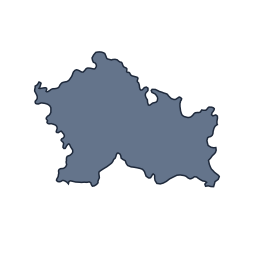 Babruysk, Mogilev, Belarus, rotated 13°
{"feature_id": "67162791B49466941565536", "entity_name": "Babruysk", "entity_type": "district", "adm_level": 2, "iso_a3": "BLR", "parent_name": "Belarus", "parent_adm1": "Mogilev", "projection": "orthographic", "projection_center": [29.167, 53.064], "detail": "fine", "context": "isolated", "style": "filled", "palette": "slate", "viewbox_px": 256, "rotation_deg": 13, "n_neighbors": 0, "source": "geoboundaries", "source_scale": "gbopen_adm2", "svg_char_len": 5152}
<svg xmlns="http://www.w3.org/2000/svg" viewBox="0 0 256 256"><g transform="rotate(13 128 128)"><path d="M227.8,154.6L226.4,153.6L222.2,151.7L220.5,150.5L218.4,149.2L217.2,147.7L215.6,145.4L214.8,143.8L213.7,141.4L215.2,138.8L216.4,136.0L217.7,134.1L218.7,132.2L218.9,129.8L218.0,127.3L216.0,128.0L213.2,128.1L210.0,127.0L208.9,125.0L207.7,122.5L207.8,119.5L208.7,118.6L210.5,117.7L211.7,116.1L212.0,114.4L211.7,112.1L211.8,109.1L212.4,106.8L213.8,104.9L214.3,104.6L213.6,103.5L213.1,101.3L213.0,98.3L212.4,96.3L210.6,95.5L209.1,96.4L208.0,97.1L206.4,96.3L206.5,94.1L207.1,93.0L207.6,91.7L207.8,90.6L207.7,89.7L206.6,89.1L204.9,88.9L202.2,89.4L201.1,90.8L200.7,92.0L199.8,93.2L197.3,93.8L195.8,93.8L195.2,95.3L194.9,96.2L193.6,97.0L192.4,97.2L190.1,98.0L189.1,99.2L188.2,101.1L187.3,102.4L186.4,103.4L184.2,104.3L182.5,104.3L180.0,104.2L178.0,103.4L176.8,102.0L175.4,99.6L174.7,97.7L173.8,95.4L173.1,92.5L173.2,91.1L173.1,89.9L173.6,88.8L173.7,87.4L172.4,86.5L170.9,86.3L169.5,87.8L168.0,89.4L166.4,89.9L163.6,89.6L161.8,88.6L160.1,87.5L158.8,86.3L157.5,86.0L154.7,85.8L153.0,85.5L150.1,85.3L148.7,84.9L145.9,84.3L142.8,84.9L142.2,86.3L143.3,87.9L144.7,88.2L146.7,88.7L148.0,89.6L149.6,91.1L150.3,92.6L150.4,95.0L149.6,96.4L148.5,97.1L146.5,98.1L146.1,98.5L144.7,100.2L144.0,100.9L142.7,101.0L141.3,98.7L140.9,97.3L140.5,96.1L139.4,95.1L138.3,93.8L137.4,92.0L137.3,90.4L137.9,88.9L138.6,87.9L139.0,86.7L138.5,84.7L136.6,84.0L134.8,85.0L133.9,86.7L133.2,87.7L132.1,88.2L131.2,87.8L130.1,85.9L129.7,84.6L129.2,83.4L128.1,81.6L127.0,81.1L126.4,80.1L126.5,77.8L126.5,77.2L125.5,76.5L121.8,76.3L120.3,76.3L118.7,75.7L117.9,74.8L117.1,73.9L116.3,73.6L114.9,73.9L114.0,73.5L113.8,71.9L113.6,70.6L112.6,69.9L111.3,69.7L109.8,69.2L108.6,67.7L107.7,66.2L106.9,65.5L105.4,65.5L103.9,65.0L102.1,64.0L101.9,64.0L99.9,64.0L97.7,64.7L96.6,65.4L95.2,65.4L92.5,65.3L91.7,65.0L91.0,64.0L89.7,62.1L88.6,60.6L87.2,60.2L85.2,60.0L82.9,60.3L81.1,60.9L79.6,61.6L78.8,63.1L78.0,64.8L77.7,66.0L77.2,67.8L77.9,69.4L78.3,70.2L79.5,71.7L81.2,72.0L82.3,72.8L83.2,74.4L83.3,75.3L82.9,76.6L82.6,77.5L81.8,78.1L80.2,78.2L78.5,78.2L76.3,78.4L74.8,78.8L73.8,79.7L73.4,80.6L72.9,81.7L71.8,83.5L70.7,83.9L69.4,83.7L68.0,83.2L66.4,82.9L64.9,82.8L63.5,83.6L62.3,85.5L62.0,87.0L61.8,89.1L61.4,90.8L60.5,93.0L60.0,94.3L59.1,95.5L57.9,96.6L56.4,97.2L54.8,98.0L53.6,98.7L52.7,100.0L52.1,101.3L51.6,103.5L50.7,104.7L49.6,105.4L47.7,106.2L46.1,106.6L45.2,107.1L44.1,108.0L43.3,109.1L42.7,109.6L41.9,110.5L40.7,111.0L39.9,110.7L40.0,109.4L40.1,108.4L39.7,107.6L38.9,107.3L37.9,107.5L36.5,108.0L34.9,108.7L33.4,109.3L32.4,109.4L32.9,107.8L33.1,105.8L33.2,103.9L31.6,103.2L30.8,103.3L30.6,104.4L30.3,105.3L29.5,106.8L28.1,108.1L28.4,109.1L28.5,111.8L28.7,112.9L29.6,114.0L30.9,115.5L32.0,116.9L32.6,118.1L32.9,119.7L32.6,120.8L32.1,121.9L31.6,122.7L31.7,123.7L32.4,124.8L33.5,125.0L35.2,124.8L36.8,123.7L37.7,123.1L39.2,122.9L41.6,122.7L44.2,122.9L45.4,123.3L46.7,123.9L47.5,124.7L48.2,125.5L48.6,126.8L49.0,128.7L49.3,130.1L48.8,132.2L48.2,133.4L47.5,134.0L46.9,134.8L46.2,136.1L46.2,137.4L46.8,138.0L47.9,138.8L48.0,139.3L47.7,140.5L48.1,141.1L48.7,141.5L49.4,141.7L50.3,141.7L52.2,141.0L54.1,141.1L55.9,141.3L57.2,141.7L58.0,142.3L58.8,143.4L59.1,144.6L58.9,146.5L58.9,147.9L59.7,148.4L61.1,148.2L61.9,147.4L62.7,146.7L63.5,146.1L64.6,146.7L65.6,147.6L66.8,148.4L67.8,150.0L67.8,150.9L67.5,151.6L66.8,152.8L65.9,153.4L65.5,154.6L65.7,155.2L67.0,156.0L68.1,156.6L68.8,157.8L68.8,158.9L68.8,160.1L69.0,161.5L70.2,162.4L71.4,162.0L71.9,160.4L72.3,158.9L73.5,156.9L74.4,156.9L75.3,157.8L76.2,159.1L77.7,160.6L79.0,161.8L79.6,164.0L79.2,165.3L78.5,166.5L77.4,167.8L76.1,168.6L75.1,169.4L74.8,170.9L75.0,172.3L75.4,173.7L75.3,174.9L75.8,176.1L76.5,177.6L76.0,179.8L75.2,180.9L74.2,181.9L72.3,182.5L71.4,182.8L70.3,183.8L69.9,184.8L70.1,186.0L70.7,187.5L70.7,189.4L70.9,190.8L70.5,192.4L70.0,194.1L70.2,195.3L71.7,196.0L73.0,195.9L74.1,195.5L75.0,194.8L75.8,193.9L77.2,193.6L78.8,193.9L80.6,194.5L81.8,195.3L82.5,195.8L82.5,193.4L83.8,192.4L86.9,192.4L89.2,192.4L92.6,191.8L94.9,191.5L97.6,190.6L99.1,190.4L100.4,190.1L102.4,189.2L104.0,189.7L105.1,191.5L106.4,192.7L108.1,192.0L109.6,190.6L110.6,189.2L111.1,188.1L110.7,186.6L111.0,184.4L111.3,183.0L110.7,181.2L109.9,179.2L109.6,177.5L110.6,176.0L112.3,174.2L114.4,172.1L116.0,170.6L118.3,167.9L119.9,165.9L120.7,164.1L121.1,161.9L122.3,160.3L122.6,158.3L122.6,156.7L123.2,154.9L124.3,154.6L126.2,155.3L127.2,156.7L128.1,158.9L130.4,159.9L132.7,160.5L134.3,163.0L136.1,164.6L139.8,165.2L142.1,164.9L145.8,164.7L149.1,164.7L151.5,165.0L153.8,166.7L154.8,168.3L156.5,170.9L159.0,171.9L159.1,172.0L160.5,171.8L161.2,171.3L161.9,169.4L162.4,167.6L163.0,167.1L164.4,167.9L164.9,169.0L165.1,170.5L166.2,173.1L168.6,175.5L172.0,175.2L174.6,173.8L177.4,171.4L180.0,168.2L183.0,165.7L186.3,163.0L189.4,162.0L193.6,161.7L195.5,162.0L197.6,163.1L199.6,163.6L200.7,163.3L202.5,161.9L203.7,160.5L205.9,160.3L207.3,161.0L209.9,162.0L212.8,162.8L214.8,162.6L216.8,163.2L215.5,165.4L216.7,167.3L219.2,166.3L222.0,166.4L224.6,165.9L224.7,164.2L224.9,160.6L225.8,159.7L227.4,157.8L227.9,154.8L227.8,154.6Z" fill="#64748b" stroke="#1e293b" stroke-width="1.5"/></g></svg>